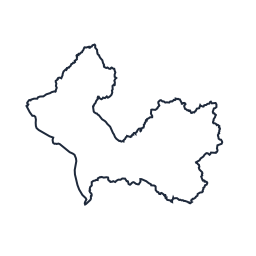 outline of Mahakam Hulu, Kalimantan Timur, Indonesia, rotated 164°
{"feature_id": "22746128B30313932055345", "entity_name": "Mahakam Hulu", "entity_type": "district", "adm_level": 2, "iso_a3": "IDN", "parent_name": "Indonesia", "parent_adm1": "Kalimantan Timur", "projection": "robinson", "projection_center": [114.588, 0.666], "detail": "fine", "context": "isolated", "style": "outline", "palette": "slate", "viewbox_px": 256, "rotation_deg": 164, "n_neighbors": 0, "source": "geoboundaries", "source_scale": "gbopen_adm2", "svg_char_len": 5805}
<svg xmlns="http://www.w3.org/2000/svg" viewBox="0 0 256 256"><g transform="rotate(164 128 128)"><path d="M171.9,201.4L174.4,200.1L176.0,197.8L176.3,196.8L178.4,194.2L179.6,195.2L181.2,195.4L182.1,194.8L182.1,194.1L184.5,193.2L184.8,192.1L184.6,190.5L185.7,188.3L185.4,186.3L186.8,184.5L187.4,183.1L187.9,182.9L188.6,183.5L191.5,183.5L193.2,183.0L197.2,182.9L200.6,181.7L204.0,182.5L206.1,182.3L207.1,181.2L210.2,182.1L213.3,182.0L214.0,181.4L214.8,182.0L215.5,182.0L217.9,180.1L218.1,179.1L217.3,178.2L218.3,177.2L218.4,177.4L219.5,177.1L218.1,170.3L216.6,166.1L214.9,165.6L214.0,164.3L214.2,161.5L215.3,158.5L216.0,155.3L215.9,153.1L214.4,150.7L205.6,141.6L202.5,139.4L203.8,137.3L204.1,134.5L203.1,133.1L201.6,132.8L201.0,132.3L199.2,132.2L198.0,131.3L190.7,120.8L188.2,118.7L186.8,117.0L186.4,113.2L186.8,110.4L190.8,102.3L191.8,98.0L192.3,87.1L191.9,82.3L190.3,76.2L188.0,72.3L187.7,70.8L189.9,68.4L190.4,67.2L190.3,66.3L189.2,66.6L184.1,69.2L183.1,70.3L182.5,72.7L182.3,73.0L181.7,72.9L181.3,73.8L181.3,75.1L182.1,76.4L182.4,78.1L181.5,78.8L181.7,79.8L180.5,81.8L178.7,82.7L177.8,86.0L175.9,86.7L173.8,86.6L173.0,86.9L171.5,86.3L170.9,87.9L168.3,88.5L167.8,88.1L166.8,88.2L165.0,87.0L162.3,86.6L160.9,86.0L160.8,85.3L161.3,83.9L161.0,82.8L160.2,82.3L159.8,81.0L157.8,80.7L156.9,81.0L155.2,79.6L153.6,80.5L151.5,81.0L149.4,80.3L147.5,81.0L144.8,80.2L143.9,77.2L143.0,77.0L142.8,76.7L142.9,74.0L141.9,73.0L141.5,72.9L139.3,74.2L137.9,74.5L137.0,73.9L135.9,72.3L134.2,71.2L133.2,70.9L130.8,73.0L130.2,75.5L129.1,75.1L125.1,71.8L123.3,69.3L121.5,67.6L121.5,66.5L118.7,65.5L117.8,64.6L117.6,64.1L118.5,60.7L117.5,58.4L116.5,57.9L116.2,56.1L115.9,55.9L115.1,55.6L114.5,56.3L113.6,56.3L111.9,54.1L111.9,53.5L110.6,53.3L110.5,52.8L111.2,51.9L110.9,51.5L111.2,50.4L110.9,50.1L110.2,50.3L110.5,49.1L110.1,48.1L107.3,46.7L106.9,45.5L106.0,44.7L105.6,46.6L104.7,46.9L103.7,48.6L103.6,47.9L103.1,47.6L101.3,47.4L100.1,46.9L98.6,44.7L97.6,44.7L96.3,43.6L95.2,43.5L94.3,42.4L93.5,42.3L90.8,40.4L90.5,39.8L89.8,39.7L89.6,38.9L89.0,38.5L87.1,39.2L87.3,39.4L87.3,40.7L86.6,41.6L86.1,41.5L85.5,41.6L85.2,42.1L84.2,41.9L82.3,42.5L81.8,43.2L79.9,43.8L79.2,45.4L76.5,46.1L74.6,45.8L73.6,46.3L73.5,47.3L72.2,48.7L72.2,49.6L70.6,50.3L69.8,51.7L68.0,51.9L66.9,53.3L67.2,54.5L67.9,54.7L68.2,55.2L69.1,55.3L69.0,56.3L69.7,56.9L70.4,56.7L70.7,57.4L71.0,61.2L69.7,61.9L69.7,63.3L69.0,63.8L68.9,65.0L70.8,68.4L70.9,70.3L70.1,71.0L70.0,73.1L70.7,73.8L71.1,75.0L72.0,75.6L72.1,76.3L68.2,77.2L66.6,78.7L63.4,79.8L61.8,81.2L59.6,82.2L58.3,81.7L57.0,79.8L56.2,80.2L55.0,81.5L50.4,79.9L50.0,80.5L49.0,80.6L48.2,81.6L48.0,82.8L48.2,83.6L46.8,86.7L42.4,87.0L41.4,88.2L41.3,89.1L41.8,91.1L43.1,91.7L43.8,92.8L43.5,95.1L43.7,95.5L43.5,96.5L42.6,97.4L41.9,97.7L42.1,98.4L41.0,99.7L40.9,100.7L39.8,101.8L39.9,103.3L40.4,103.4L40.4,103.9L39.7,104.7L40.6,106.0L41.4,106.6L41.9,106.4L42.4,107.8L43.4,108.7L44.5,109.0L44.8,109.8L44.3,111.0L43.7,111.5L43.3,112.8L41.3,114.5L40.7,115.6L40.0,116.1L39.9,116.4L41.0,117.8L41.0,118.3L42.0,118.7L42.1,120.1L40.1,123.1L38.7,123.1L37.2,123.8L36.5,126.3L36.9,127.9L40.6,128.6L41.1,130.5L41.8,130.4L43.1,129.0L45.0,129.3L46.4,128.6L48.4,128.9L49.5,127.8L50.2,128.0L51.6,129.1L52.0,129.1L52.3,130.0L54.1,127.4L56.5,127.6L58.5,125.5L59.1,125.5L60.0,124.7L61.1,125.3L62.0,124.9L63.0,125.0L63.3,125.4L63.3,126.7L63.6,127.6L64.3,127.4L64.9,127.7L64.9,128.4L66.2,128.7L66.7,129.7L67.9,130.7L68.0,133.5L67.7,134.1L66.2,135.0L66.2,135.8L67.0,136.6L68.0,136.8L69.0,136.3L69.6,136.5L69.5,137.3L70.3,141.2L71.1,141.5L71.8,142.2L72.6,142.2L73.1,142.7L73.8,142.7L74.2,143.1L74.7,142.0L75.3,141.9L76.3,142.4L77.3,141.7L78.5,141.3L79.1,141.8L80.3,141.8L81.3,141.1L83.7,142.0L85.2,142.2L86.3,143.7L87.6,144.1L88.6,145.6L89.4,145.8L91.4,144.9L91.8,144.4L92.0,143.3L91.7,140.9L94.1,139.4L94.3,138.8L96.7,137.9L99.8,139.1L100.6,139.1L102.0,135.5L101.4,132.8L101.8,131.7L103.9,132.2L105.8,131.5L107.0,131.5L107.8,130.2L108.2,130.7L108.6,130.6L109.4,128.9L110.3,128.5L110.6,127.5L111.9,126.8L112.1,125.5L113.0,124.1L114.1,124.2L115.2,123.6L116.2,121.8L116.9,121.5L117.0,121.9L115.7,123.0L115.9,124.0L117.8,124.3L119.6,123.1L120.8,121.7L122.2,121.3L122.4,120.5L122.9,121.4L123.7,121.6L124.9,120.6L124.9,120.1L125.8,120.3L127.0,118.9L127.6,119.2L128.1,118.7L131.1,120.6L131.3,120.1L132.6,119.7L133.8,118.3L135.5,117.5L136.0,116.3L136.8,116.9L138.2,116.8L139.2,117.9L140.0,117.9L142.2,120.9L143.0,123.0L143.3,125.8L143.8,127.2L144.8,134.2L146.8,137.7L147.5,139.7L148.4,141.2L150.5,143.5L152.5,148.4L153.4,149.2L153.8,150.4L154.5,150.7L156.1,152.4L156.4,153.3L155.7,158.4L155.3,158.8L155.0,158.6L153.9,160.1L152.5,160.9L150.9,163.0L148.9,164.3L149.0,165.2L148.2,166.4L147.5,166.2L147.2,164.6L145.7,163.0L144.4,163.3L143.6,164.1L141.9,163.1L139.7,164.2L139.2,162.8L138.6,162.7L136.5,163.4L134.7,164.5L133.3,166.5L133.1,168.5L132.1,169.3L131.3,172.7L129.7,173.6L129.3,172.9L128.9,173.0L128.0,175.7L128.1,177.2L126.6,178.8L125.5,179.3L126.7,180.9L126.2,182.9L124.8,185.0L125.0,186.2L124.9,188.7L125.6,188.9L127.0,190.6L127.7,190.5L128.5,189.7L129.2,189.9L129.9,190.3L131.0,191.8L132.4,191.7L134.1,193.3L134.1,194.5L133.6,195.1L134.1,197.5L134.0,200.2L135.2,202.7L135.8,204.8L135.7,205.8L136.5,206.8L136.9,207.9L136.6,208.5L136.7,209.6L136.2,211.6L137.4,214.3L136.7,216.5L137.1,217.4L139.3,217.3L140.4,216.3L141.9,216.2L142.6,215.6L143.1,215.9L142.8,216.8L143.1,216.9L146.3,216.9L147.2,217.5L147.8,217.4L149.7,215.0L150.5,214.6L151.3,213.5L152.3,213.5L153.6,212.6L154.8,212.9L155.4,211.8L156.1,212.4L156.9,212.2L157.0,211.8L157.3,212.0L157.6,211.7L157.4,210.1L157.8,209.7L158.2,208.1L160.7,207.3L160.7,206.0L161.9,205.5L162.7,205.9L163.7,205.1L164.8,205.1L166.2,203.4L167.4,203.0L168.0,202.4L168.5,202.7L169.2,202.3L170.2,202.5L170.8,201.8L170.7,201.3L171.3,200.8L171.9,201.4Z" fill="none" stroke="#1e293b" stroke-width="2"/></g></svg>